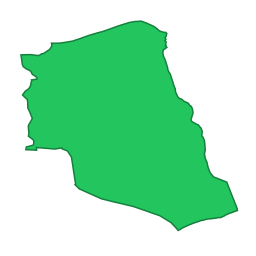 outline of Bayt Al Faqih, Al Hudaydah, Yemen, rotated 266°
{"feature_id": "15242507B83737515314147", "entity_name": "Bayt Al Faqih", "entity_type": "district", "adm_level": 2, "iso_a3": "YEM", "parent_name": "Yemen", "parent_adm1": "Al Hudaydah", "projection": "equal_earth", "projection_center": [43.296, 14.46], "detail": "fine", "context": "isolated", "style": "filled", "palette": "green", "viewbox_px": 256, "rotation_deg": 266, "n_neighbors": 0, "source": "geoboundaries", "source_scale": "gbopen_adm2", "svg_char_len": 4407}
<svg xmlns="http://www.w3.org/2000/svg" viewBox="0 0 256 256"><g transform="rotate(266 128 128)"><path d="M22.3,170.8L23.2,173.2L24.1,174.4L24.9,176.5L25.5,177.8L26.2,179.8L27.3,182.8L27.5,183.7L28.2,185.7L29.0,188.5L29.5,190.6L30.6,194.5L30.7,196.4L31.4,199.3L31.8,201.9L31.6,203.4L31.9,207.7L32.0,209.8L32.3,211.6L32.2,213.2L32.3,214.5L32.9,216.1L33.4,217.6L34.5,219.6L35.2,221.8L35.8,223.0L36.1,224.6L36.8,227.0L37.1,227.8L37.3,228.7L37.6,229.4L37.7,230.2L38.0,231.4L38.9,231.3L39.9,231.3L40.4,231.1L41.3,230.9L43.5,230.2L44.3,229.9L45.5,229.5L47.2,229.0L48.1,228.7L49.3,228.4L51.5,227.6L52.3,227.4L55.4,226.4L55.7,226.3L57.7,225.7L62.7,224.1L65.4,223.3L67.2,222.7L69.3,218.2L69.8,217.2L73.2,210.0L73.3,209.9L77.5,206.9L79.7,206.2L83.3,205.1L88.7,204.3L88.9,204.1L90.8,203.5L92.0,203.1L94.1,202.5L94.3,202.8L96.8,202.5L97.1,202.4L98.2,202.8L98.6,202.9L100.3,203.5L105.1,203.5L107.1,203.5L107.3,203.5L109.7,203.4L109.9,203.4L112.8,202.5L113.0,202.4L113.4,202.3L114.8,201.3L115.1,201.0L115.9,201.2L118.6,201.7L119.5,201.9L119.8,201.8L121.9,201.0L122.0,201.0L122.4,200.9L123.3,200.6L123.6,200.1L126.3,198.3L127.0,196.6L128.0,195.2L129.6,192.6L130.3,192.0L131.5,191.6L132.8,191.6L133.5,192.0L135.2,192.7L137.3,193.5L138.5,193.9L139.2,193.9L142.6,193.6L145.2,192.6L146.3,191.1L147.3,190.6L148.5,189.8L148.6,189.7L151.2,185.1L151.6,184.8L152.4,184.2L153.1,183.4L153.9,181.2L154.9,180.5L155.0,180.4L155.8,179.7L159.5,178.4L160.5,178.0L160.7,177.9L162.4,177.9L163.7,177.9L165.1,177.4L167.2,176.7L169.1,176.3L170.9,175.9L172.2,175.6L172.4,175.5L174.0,175.1L174.4,175.0L178.6,174.0L179.2,173.7L181.4,172.5L184.0,171.7L185.1,171.8L187.1,171.3L188.4,171.0L189.8,170.7L191.6,170.2L191.8,170.2L193.3,169.8L194.1,169.6L197.2,168.3L198.9,168.2L201.0,168.0L203.7,168.8L204.4,170.5L204.5,170.6L205.8,172.4L206.2,171.9L206.5,171.5L206.9,171.2L207.3,171.4L207.5,171.6L207.6,171.8L208.0,171.7L208.3,171.5L209.0,171.4L209.5,171.4L209.9,171.6L210.3,171.9L210.9,172.1L211.2,172.0L211.5,171.8L212.1,171.2L212.7,170.9L212.9,171.1L213.2,171.6L213.6,172.0L214.2,172.0L214.4,171.7L214.9,171.4L215.5,171.4L215.9,171.3L216.2,171.8L216.5,172.3L217.0,172.6L217.6,172.6L218.4,172.8L219.0,173.2L219.8,173.2L220.1,172.9L220.5,172.4L220.8,172.2L220.8,171.6L220.8,170.9L221.9,167.9L222.8,165.9L224.8,164.1L226.6,162.0L227.7,160.6L229.4,157.5L231.5,153.5L233.7,148.6L233.7,147.1L233.7,141.4L233.3,138.1L233.2,136.8L230.5,125.5L228.2,117.4L227.7,115.7L226.2,110.0L225.9,108.8L225.4,106.1L225.3,105.8L225.1,104.3L224.7,102.7L223.3,96.2L221.0,87.9L220.6,86.8L219.9,84.0L219.2,81.1L218.6,79.1L218.3,76.0L217.7,69.8L217.7,69.3L217.4,65.8L217.7,60.8L217.7,60.2L218.0,57.6L216.8,57.8L215.2,57.7L214.6,57.4L213.8,56.8L213.2,56.4L211.9,55.3L211.7,55.0L211.0,53.9L210.5,52.9L209.4,51.0L208.7,49.9L208.6,49.6L208.0,48.3L208.0,47.2L208.0,46.9L207.0,45.2L206.5,43.7L207.0,41.0L208.0,36.0L208.2,31.9L208.4,28.0L208.4,26.7L208.4,26.3L205.1,26.6L198.9,27.0L196.6,27.7L194.2,30.5L191.6,34.8L188.1,36.4L186.3,39.0L184.7,40.6L183.8,40.8L183.0,40.3L183.0,39.1L182.7,35.0L182.3,35.1L181.5,35.2L179.5,34.3L177.4,33.8L176.8,33.7L174.1,31.7L171.9,28.1L170.0,26.5L169.9,26.4L168.3,25.1L167.2,26.0L165.8,27.3L163.5,29.5L163.4,29.5L161.3,29.7L161.1,29.7L160.9,29.7L159.9,29.7L159.6,29.7L158.3,29.6L158.2,29.6L154.8,29.5L152.8,30.3L150.4,31.2L149.3,31.6L149.2,31.6L148.3,31.9L146.7,32.4L144.2,33.2L141.6,31.6L138.3,29.3L136.5,28.6L132.6,28.7L129.5,28.8L129.2,28.7L127.4,28.2L127.2,28.2L126.8,28.1L123.2,32.2L122.0,33.1L120.7,33.1L119.2,32.8L118.4,32.7L118.2,32.5L117.9,32.4L117.6,32.0L117.4,31.7L117.2,30.6L116.7,28.3L116.2,25.3L113.5,24.6L112.9,30.0L112.6,32.5L112.2,35.3L114.9,35.3L114.8,35.6L114.5,37.4L114.3,39.3L113.7,43.2L113.3,45.9L113.2,46.6L112.9,48.5L112.5,50.9L112.2,53.0L112.1,53.4L112.1,53.6L112.2,54.0L112.2,54.8L112.5,57.3L112.8,60.6L111.8,60.8L109.4,65.9L107.7,66.9L104.5,68.7L103.1,69.5L102.2,69.6L98.9,69.9L81.7,71.3L74.8,71.9L74.8,71.5L74.7,71.6L74.3,71.9L72.7,73.4L70.9,74.9L70.9,75.0L70.7,75.1L65.9,84.0L61.4,92.5L60.6,94.0L59.2,96.6L55.4,108.3L54.7,110.5L54.4,111.5L53.5,114.5L51.3,121.6L49.6,127.0L49.1,128.3L49.0,128.6L47.6,131.9L46.9,133.5L46.4,134.7L43.1,142.5L41.7,145.6L38.4,153.4L37.3,155.0L35.8,157.1L31.9,162.6L30.5,164.6L30.4,164.7L29.5,165.0L29.4,165.1L29.4,165.3L29.3,165.5L28.7,166.0L27.7,166.7L27.4,167.0L27.5,167.0L24.6,169.2L24.1,169.6L23.5,170.1L23.1,170.4L22.3,170.8Z" fill="#22c55e" stroke="#15803d" stroke-width="1.5"/></g></svg>